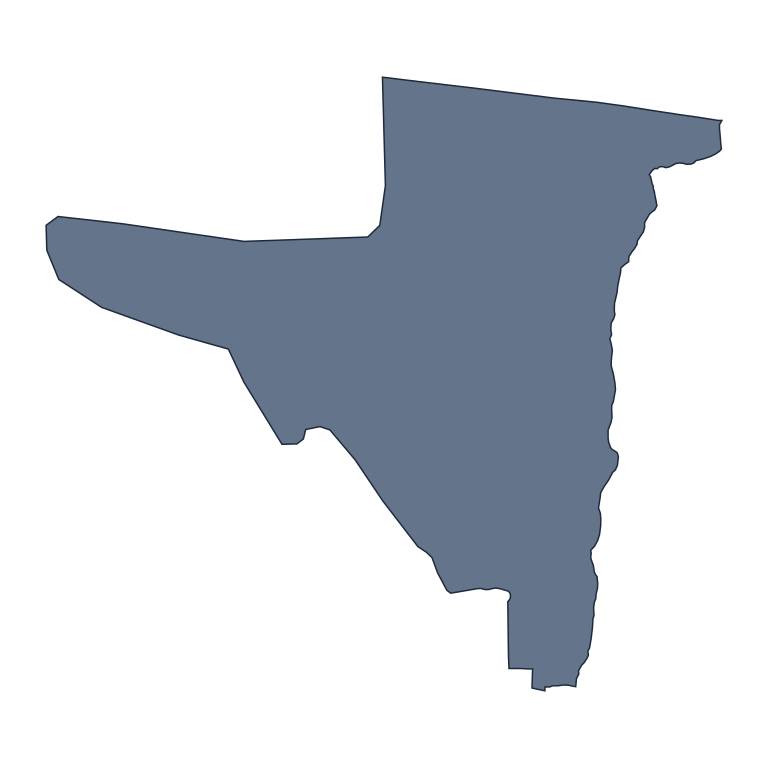 the district of Karrari, Khartoum, Sudan
{"feature_id": "16777658B93959590111568", "entity_name": "Karrari", "entity_type": "district", "adm_level": 2, "iso_a3": "SDN", "parent_name": "Sudan", "parent_adm1": "Khartoum", "projection": "mercator", "projection_center": [32.496, 16.026], "detail": "fine", "context": "isolated", "style": "filled", "palette": "slate", "viewbox_px": 768, "rotation_deg": 0, "n_neighbors": 0, "source": "geoboundaries", "source_scale": "gbopen_adm2", "svg_char_len": 2939}
<svg xmlns="http://www.w3.org/2000/svg" viewBox="0 0 768 768"><path d="M382.4,77.2L382.5,78.4L385.4,185.7L379.8,225.3L367.8,237.0L243.9,241.4L122.8,223.8L58.0,216.5L46.1,225.3L46.8,250.2L58.8,279.5L101.7,307.4L179.1,335.2L228.4,349.1L243.9,382.1L282.0,444.3L297.0,443.9L303.4,438.9L305.7,429.5L320.0,426.6L329.9,429.9L355.2,459.9L382.9,501.1L417.9,546.6L426.5,552.3L432.0,557.6L437.7,573.1L446.9,590.3L450.7,593.2L477.6,588.6L480.9,588.5L485.3,589.6L488.8,589.5L491.7,588.7L495.9,588.0L500.4,588.8L508.4,591.2L510.3,593.6L510.5,597.3L509.5,599.8L507.8,601.6L508.3,644.3L508.5,656.9L509.0,668.5L513.0,668.5L520.4,668.5L524.3,668.7L527.4,668.9L532.6,668.9L532.5,671.8L532.3,678.1L532.0,688.0L536.0,688.9L544.9,690.8L544.9,687.0L549.9,686.9L552.4,685.8L557.7,685.8L563.5,685.0L568.3,685.2L575.7,686.7L576.5,678.5L578.8,674.1L578.5,670.8L580.5,667.2L581.9,664.9L584.3,662.5L587.4,657.6L588.4,655.2L587.9,651.1L589.5,648.1L591.1,639.0L592.5,627.2L593.0,618.5L594.0,615.7L593.6,607.6L594.4,602.1L595.8,598.6L596.0,594.6L596.7,591.5L597.5,588.3L597.7,583.0L597.3,579.6L597.1,576.7L595.5,574.5L594.2,571.5L593.8,568.4L593.3,565.3L591.5,560.3L590.7,557.7L591.2,552.9L590.7,550.3L593.0,547.9L594.6,546.1L597.7,540.4L599.5,534.7L600.7,525.6L600.8,518.5L600.3,513.2L598.5,508.0L600.1,497.8L600.7,492.7L602.5,489.4L604.2,486.4L608.5,480.2L611.0,475.5L612.4,472.6L615.3,470.0L616.4,467.7L617.4,465.4L618.4,456.6L617.2,452.8L615.3,451.3L612.2,449.5L610.4,447.3L608.7,442.2L608.1,438.3L608.1,433.5L608.1,430.0L610.3,424.4L611.2,421.7L612.0,417.2L611.6,408.5L611.8,405.3L613.3,401.8L615.5,389.6L614.9,382.7L613.3,373.8L611.2,365.7L611.2,362.4L611.6,356.9L612.4,350.4L611.2,343.9L609.8,338.8L611.6,334.6L610.8,329.7L611.0,325.4L611.4,322.6L613.5,319.1L614.9,314.7L614.3,310.6L614.5,303.3L615.5,299.2L617.0,292.7L617.8,285.6L619.6,276.7L620.6,272.4L620.9,267.9L625.0,264.3L628.6,261.8L628.9,256.6L632.1,251.5L634.4,248.8L637.0,244.4L637.3,241.1L642.0,233.8L643.4,231.8L644.6,227.5L644.6,222.6L649.1,214.7L651.6,212.1L654.7,210.0L656.9,205.8L656.0,200.6L654.8,194.8L654.3,191.4L653.3,188.8L653.3,186.4L652.3,184.2L651.4,180.4L650.6,176.8L649.2,174.7L651.9,170.9L654.6,168.5L657.1,168.7L659.7,166.7L663.2,166.7L665.9,167.7L669.2,166.9L672.4,165.4L675.7,163.6L679.4,163.0L682.9,163.2L686.0,164.2L690.5,164.2L693.8,163.0L696.0,160.6L699.9,159.7L704.0,158.7L710.8,156.3L715.1,154.2L719.6,151.2L721.4,149.0L721.0,146.0L720.6,141.6L720.3,137.4L719.5,128.5L719.5,124.6L721.6,121.0L721.8,120.7L721.9,120.4L720.7,120.4L719.9,120.4L718.0,120.4L714.3,119.8L700.3,117.6L698.6,117.3L698.2,117.3L694.9,116.8L675.9,114.1L673.7,113.7L662.9,112.1L651.7,110.4L622.0,105.7L615.1,104.8L603.6,103.2L597.2,102.3L552.1,97.9L551.8,97.8L543.8,96.8L518.1,93.6L494.1,90.6L472.4,87.9L462.1,86.7L441.8,84.3L441.2,84.2L425.6,82.4L424.4,82.2L417.9,81.5L412.9,80.8L409.7,80.5L396.6,78.9L392.0,78.3L383.4,77.3L382.6,77.2L382.4,77.2Z" fill="#64748b" stroke="#1e293b" stroke-width="1.5"/></svg>